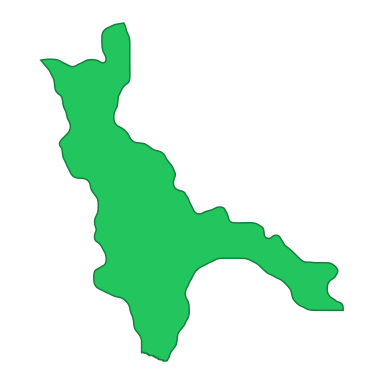 Estebania, Azua, Dominican Republic (Mercator projection)
{"feature_id": "3306468B97025454858192", "entity_name": "Estebania", "entity_type": "district", "adm_level": 2, "iso_a3": "DOM", "parent_name": "Dominican Republic", "parent_adm1": "Azua", "projection": "mercator", "projection_center": [-70.626, 18.542], "detail": "fine", "context": "isolated", "style": "filled", "palette": "green", "viewbox_px": 384, "rotation_deg": 0, "n_neighbors": 0, "source": "geoboundaries", "source_scale": "gbopen_adm2", "svg_char_len": 5713}
<svg xmlns="http://www.w3.org/2000/svg" viewBox="0 0 384 384"><path d="M141.6,352.4L142.1,352.4L142.1,352.8L143.6,352.8L143.6,352.4L144.0,352.4L144.0,352.8L144.7,352.8L144.7,353.2L146.6,353.2L146.6,353.6L147.3,353.6L147.3,354.0L147.7,354.0L147.7,354.3L148.4,354.3L148.4,354.7L148.8,354.7L148.8,355.1L149.2,355.1L149.2,355.5L152.9,355.5L152.9,355.9L153.6,355.9L153.6,356.3L154.3,356.3L154.3,356.7L155.1,356.7L155.1,357.1L155.8,357.1L155.8,357.5L156.2,357.5L156.2,357.8L157.3,357.8L157.3,358.2L158.0,358.2L158.0,358.6L158.4,358.6L158.4,359.0L158.8,359.0L158.8,359.4L160.3,359.4L160.3,359.8L162.5,359.8L162.5,360.2L163.2,360.2L163.2,361.0L165.8,361.0L165.8,360.6L167.3,360.6L169.1,356.7L169.3,356.8L170.0,354.1L170.7,352.4L171.8,350.8L174.8,347.0L175.8,345.4L176.2,344.5L176.7,342.7L177.5,336.2L177.8,334.4L178.1,333.5L178.6,332.6L179.6,331.0L183.3,326.5L184.4,324.9L185.9,321.6L188.0,317.9L188.6,316.1L189.0,314.3L189.2,311.4L189.1,307.5L188.9,304.6L188.2,301.9L186.2,298.0L185.6,296.4L185.4,294.5L185.3,292.6L185.6,290.8L186.2,289.1L188.2,285.3L189.6,282.0L191.8,278.2L193.3,275.0L194.2,273.3L195.9,271.0L198.8,268.3L201.2,266.7L204.5,265.2L209.1,262.7L212.4,261.3L216.2,259.3L218.0,258.7L221.0,258.3L224.1,258.2L239.9,258.2L245.1,258.5L247.1,258.9L248.9,259.5L252.7,261.5L256.0,263.1L258.4,264.8L265.2,271.2L267.6,273.1L269.3,274.0L272.6,275.5L276.3,277.6L279.7,279.1L281.4,280.1L283.8,282.1L286.0,284.2L288.1,286.5L289.4,288.1L290.5,289.8L291.2,291.6L292.2,296.1L292.7,297.8L293.6,299.6L294.8,301.1L296.9,303.3L299.1,305.1L300.0,305.6L303.3,307.1L307.1,309.1L308.9,309.7L309.9,309.9L314.0,310.3L343.2,310.4L343.1,307.7L342.9,306.0L342.3,304.5L341.8,303.8L340.6,302.9L336.5,301.3L334.3,299.5L330.9,297.5L329.7,296.3L328.6,294.9L327.8,293.2L327.5,292.2L327.2,290.1L327.3,287.0L327.6,284.9L328.3,283.0L329.2,281.6L330.4,280.3L331.7,279.4L333.7,278.1L334.8,277.1L336.9,273.8L337.5,272.5L337.7,271.7L337.8,270.9L337.6,270.0L337.3,269.2L336.4,267.6L334.4,265.6L332.9,264.5L331.1,263.5L330.1,263.2L328.0,262.8L324.8,262.7L315.0,262.7L309.7,262.2L306.6,262.2L304.9,262.0L303.1,261.3L301.4,260.2L299.9,258.9L292.3,251.4L290.0,249.3L285.1,245.5L284.2,244.2L280.0,237.3L279.0,236.1L277.5,235.4L276.7,235.3L275.1,235.3L273.7,235.7L273.1,236.0L271.2,237.7L269.8,238.2L268.3,238.4L267.6,238.3L266.1,237.8L265.4,237.3L264.9,236.6L264.5,235.8L264.2,234.2L263.8,230.6L263.4,228.9L262.9,228.1L261.8,226.9L258.4,224.7L256.8,223.9L255.0,223.2L253.0,222.9L249.9,222.7L235.1,222.9L232.3,222.5L230.6,221.8L229.9,221.3L229.0,219.9L227.9,215.9L227.4,214.3L225.1,210.0L224.3,208.6L223.7,208.0L222.1,207.3L221.3,207.1L219.6,207.0L217.8,207.2L216.9,207.4L212.4,209.6L210.7,210.2L206.1,211.4L204.5,212.0L202.3,213.2L200.8,213.8L199.0,214.0L198.1,213.9L196.5,213.3L195.1,212.3L194.0,211.0L193.5,210.3L191.7,206.2L189.7,202.3L188.0,198.1L184.5,192.6L183.9,192.0L182.5,191.3L179.3,190.5L177.6,189.9L176.9,189.5L175.5,188.5L174.4,187.1L174.0,186.3L173.5,184.5L173.4,181.8L174.0,179.2L175.3,175.6L175.4,174.9L175.2,173.4L173.0,168.0L172.2,166.4L171.1,164.9L167.4,160.2L166.3,158.6L164.7,155.4L163.6,154.0L162.4,152.9L160.9,151.9L159.2,151.3L154.8,150.2L153.1,149.5L151.5,148.4L147.6,145.5L145.1,144.0L144.2,143.7L142.2,143.3L136.1,142.6L134.2,142.0L133.4,141.6L132.1,140.5L130.9,139.2L130.0,137.8L128.4,134.6L127.3,133.0L125.3,130.8L123.8,129.5L122.3,128.4L117.6,125.9L115.7,124.1L114.7,122.6L114.1,120.7L113.8,117.6L114.0,114.5L114.7,111.5L116.6,107.6L117.2,105.8L117.6,103.8L118.2,97.7L118.7,95.7L122.2,88.6L123.1,87.2L124.8,85.3L127.9,83.0L128.5,82.4L128.9,81.7L129.5,79.9L129.8,78.0L129.9,73.9L129.8,60.9L129.8,45.7L129.8,42.5L129.6,39.4L128.9,36.3L127.1,32.4L126.5,30.8L125.1,25.6L123.8,23.0L116.1,24.3L113.4,25.1L109.6,27.0L107.2,28.1L105.6,29.0L103.8,30.8L102.8,32.3L102.2,34.2L101.9,37.2L101.9,42.3L102.2,47.5L102.8,50.5L103.5,52.2L105.4,55.9L106.0,58.4L106.0,60.0L105.8,60.8L105.5,61.5L104.9,62.2L104.2,62.6L103.4,62.8L101.8,62.7L100.5,62.1L97.8,60.6L95.9,60.1L92.8,59.6L89.7,59.7L87.6,60.0L86.6,60.3L85.0,61.1L82.0,62.7L78.7,64.2L75.8,65.8L74.2,66.4L72.4,66.6L71.5,66.5L69.9,66.1L66.2,64.2L62.9,62.6L59.1,60.5L57.3,59.9L56.3,59.6L53.2,59.3L49.0,59.2L45.8,59.4L40.8,60.1L43.8,63.8L47.7,68.3L49.5,70.6L50.4,72.3L51.5,74.8L53.5,78.7L54.2,81.3L54.8,86.9L55.3,89.7L56.1,91.3L57.1,92.6L58.2,93.8L60.7,95.6L61.2,96.2L61.9,97.6L62.3,99.2L63.1,104.7L63.5,106.5L65.6,111.2L66.2,113.0L67.0,116.6L67.5,118.4L69.4,122.2L70.0,123.9L70.3,125.7L70.3,127.6L69.9,129.5L69.2,131.3L67.4,133.7L61.7,139.4L60.5,140.9L59.7,142.5L59.5,143.4L59.6,144.9L60.2,146.2L61.3,147.7L61.9,149.0L62.2,150.7L62.6,154.4L63.1,157.1L63.8,158.8L65.7,162.6L67.5,166.8L69.2,169.8L70.6,173.0L71.6,174.5L72.7,175.8L73.4,176.4L74.9,177.3L75.8,177.6L77.6,178.0L83.1,178.4L84.9,178.8L86.5,179.5L87.9,180.6L89.0,181.9L89.8,183.5L91.0,188.8L91.8,190.5L92.8,192.1L96.3,196.7L97.3,198.4L97.9,200.4L98.2,202.4L98.3,205.5L98.2,208.6L98.0,210.7L97.3,213.6L95.1,218.2L94.6,220.9L94.6,222.8L94.8,224.6L96.0,228.4L96.2,229.8L95.9,231.2L95.1,233.3L94.7,234.8L94.5,236.5L94.6,238.2L95.1,239.8L95.5,240.5L96.0,241.1L98.5,242.9L99.7,244.0L100.8,245.3L101.7,246.7L105.4,253.8L106.1,256.6L106.2,259.4L105.9,262.1L105.3,263.7L104.8,264.4L103.6,265.4L96.0,269.8L95.4,270.3L94.9,271.1L94.5,271.9L94.2,272.8L93.9,274.7L93.8,278.7L94.0,281.8L94.5,283.8L94.9,284.7L95.3,285.5L96.4,286.9L97.7,288.0L98.5,288.5L102.5,290.4L106.3,292.5L109.7,293.9L113.5,295.8L115.2,296.4L120.6,297.6L122.4,298.4L124.8,300.1L126.2,301.4L127.5,302.9L128.6,304.6L129.0,305.4L129.6,307.2L130.3,310.8L130.8,312.6L132.8,317.4L133.4,320.1L134.0,325.7L134.7,328.4L135.1,329.3L136.2,330.9L139.8,335.5L140.7,337.2L141.0,338.1L141.4,339.9L141.6,341.8L141.6,348.7L141.6,352.4Z" fill="#22c55e" stroke="#15803d" stroke-width="1.5"/></svg>